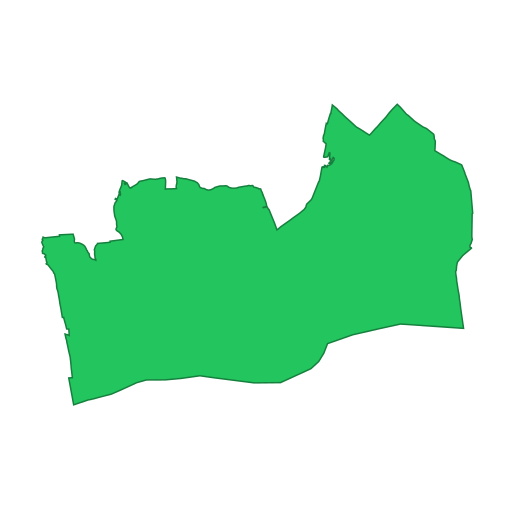 Verguleasa, Olt, Romania, rotated 274°
{"feature_id": "2599482B5579924920696", "entity_name": "Verguleasa", "entity_type": "district", "adm_level": 2, "iso_a3": "ROU", "parent_name": "Romania", "parent_adm1": "Olt", "projection": "albers", "projection_center": [24.361, 44.65], "detail": "fine", "context": "isolated", "style": "filled", "palette": "green", "viewbox_px": 512, "rotation_deg": 274, "n_neighbors": 0, "source": "geoboundaries", "source_scale": "gbopen_adm2", "svg_char_len": 6008}
<svg xmlns="http://www.w3.org/2000/svg" viewBox="0 0 512 512"><g transform="rotate(274 256 256)"><path d="M361.1,454.9L361.5,454.2L363.7,448.3L364.5,445.2L365.5,442.5L367.7,438.3L369.0,436.1L370.7,432.5L373.6,427.0L375.2,427.1L382.4,426.9L383.4,426.7L385.1,425.8L385.6,425.6L387.1,425.5L388.5,425.2L389.6,424.9L389.9,424.7L395.0,417.3L395.7,415.5L396.2,413.9L400.9,405.8L401.9,404.3L406.8,398.1L407.9,396.2L414.3,389.8L417.2,386.3L413.5,383.2L413.0,382.7L408.4,379.1L403.7,376.0L397.1,370.7L393.4,368.0L391.4,366.2L386.9,362.8L384.5,360.8L385.3,359.2L389.8,351.0L390.9,348.8L391.5,347.4L392.4,346.2L396.2,341.5L401.2,335.0L403.5,332.4L406.7,328.3L408.6,326.4L412.0,321.6L409.6,321.4L404.9,320.8L403.8,320.8L403.2,320.6L403.3,320.3L401.5,319.8L396.6,318.7L392.9,318.0L392.8,317.9L393.3,316.9L389.9,316.4L384.4,315.8L382.5,315.6L381.0,315.0L378.3,314.7L378.0,314.7L377.4,315.0L376.5,315.1L375.1,315.1L374.5,316.0L373.5,317.1L373.3,317.7L372.9,318.1L372.2,318.1L368.6,317.8L359.6,316.5L359.4,316.6L359.2,317.2L359.8,320.1L360.0,320.6L361.6,321.3L362.2,321.2L363.2,321.7L364.1,321.8L363.9,322.6L357.8,322.5L357.6,322.5L357.5,323.1L357.9,323.5L356.7,323.6L354.5,323.3L353.7,322.2L353.4,322.4L353.4,322.6L353.6,323.2L353.3,323.5L353.2,323.7L353.5,324.2L354.2,324.7L355.5,325.3L356.6,325.1L357.5,325.2L358.3,325.7L359.7,326.1L359.6,326.4L358.8,327.2L357.3,327.1L354.1,325.5L353.3,325.0L352.1,323.6L351.5,322.5L351.3,321.4L351.4,321.0L349.6,320.6L350.3,319.6L350.9,319.2L351.3,318.4L351.3,318.2L351.2,318.0L350.8,318.2L350.6,318.4L350.2,318.4L350.1,318.2L349.2,318.2L349.2,317.3L349.7,317.3L349.7,316.7L349.4,316.7L349.4,316.2L349.1,316.2L349.1,315.6L339.7,314.6L335.4,313.9L334.3,313.5L334.3,313.3L318.0,308.1L316.8,307.6L315.9,307.1L311.3,303.0L310.1,302.6L308.4,302.4L305.8,300.8L301.5,296.3L296.5,290.2L294.3,287.7L286.7,278.4L285.9,277.7L283.5,275.1L290.1,272.2L303.3,265.7L303.5,265.2L305.8,263.6L304.9,260.5L304.7,259.9L304.8,259.7L305.1,259.8L305.5,261.4L306.5,263.3L306.9,263.1L309.1,262.5L311.4,261.6L315.0,259.9L317.4,258.6L317.4,258.8L320.4,257.4L321.2,256.8L323.2,256.0L323.3,254.9L323.2,254.2L323.7,253.5L324.3,251.2L324.6,248.9L325.9,248.0L326.1,247.5L325.7,245.9L325.7,245.2L325.9,244.1L325.8,243.6L325.2,242.0L325.0,240.6L323.3,233.7L322.5,232.1L322.1,229.4L322.0,227.6L322.3,225.3L322.6,224.3L323.8,222.2L324.0,221.0L323.7,219.3L323.3,214.9L322.6,213.0L321.5,210.1L320.6,209.1L319.8,207.9L318.9,206.1L318.5,204.5L318.4,203.6L318.8,201.7L319.6,200.0L319.8,199.3L319.7,198.0L320.3,195.9L320.5,195.5L321.2,194.9L323.2,194.0L324.4,192.9L325.2,192.0L325.5,191.1L326.4,189.5L327.1,185.9L327.6,183.1L328.1,181.0L328.1,178.0L328.4,176.5L328.3,175.5L329.2,171.2L324.6,172.0L322.8,171.9L321.4,171.6L319.7,171.5L318.7,171.7L317.7,172.0L317.0,166.4L316.8,163.0L316.4,160.9L323.5,160.7L325.4,160.5L327.4,159.9L327.6,159.6L327.6,159.1L327.2,156.5L326.6,154.3L325.9,152.5L325.9,151.7L325.5,150.6L325.5,146.6L325.6,145.4L325.3,144.1L323.3,138.1L322.7,135.7L322.4,135.2L322.4,134.7L322.2,134.3L320.4,133.1L319.3,132.1L318.7,131.3L315.7,126.8L315.5,127.0L315.0,126.0L315.1,125.5L315.8,124.7L319.9,122.2L320.1,121.4L320.6,120.4L320.3,120.2L319.4,120.3L319.7,120.7L318.8,121.3L318.2,120.4L319.0,119.8L319.3,120.2L319.8,120.1L320.8,120.2L321.6,118.5L321.9,117.5L321.6,117.2L317.8,117.1L316.3,116.8L313.1,115.7L310.5,115.0L310.5,116.1L309.5,116.2L309.4,115.1L308.1,115.2L308.0,115.5L308.5,115.6L308.1,116.6L307.1,116.3L307.5,115.3L307.9,115.4L307.9,115.2L308.1,115.1L302.7,113.4L302.8,112.8L303.3,112.9L303.6,111.8L302.6,111.6L302.3,112.7L302.7,112.8L302.6,113.3L301.6,113.3L300.8,113.0L299.7,112.0L299.3,111.8L295.6,110.8L291.5,111.1L286.3,112.2L285.0,112.7L281.6,114.2L280.4,114.5L278.0,114.7L275.6,115.2L275.0,115.2L273.9,114.6L272.6,114.5L272.2,114.8L271.4,115.6L270.3,117.7L268.5,119.7L265.9,121.4L263.2,122.2L260.6,109.4L259.6,109.6L259.1,107.2L257.5,97.1L257.2,97.2L254.8,95.3L251.1,94.3L249.9,94.6L249.5,94.8L247.7,94.8L246.3,94.9L244.9,95.3L243.7,95.4L242.6,95.7L241.5,96.4L240.6,96.5L241.1,95.4L241.4,93.0L241.9,92.1L243.3,90.4L244.7,89.8L246.6,89.4L248.0,88.0L249.4,87.4L249.6,87.0L250.1,86.7L251.5,86.0L253.7,84.6L254.6,83.6L255.5,82.0L256.2,80.3L256.6,79.1L256.7,78.3L256.8,76.7L256.4,75.1L256.4,74.7L256.6,74.4L256.9,74.1L257.7,73.8L258.8,73.6L259.6,73.8L260.8,73.6L265.0,72.0L263.4,58.4L262.0,58.7L261.9,58.3L259.4,44.0L260.0,42.3L259.2,42.2L257.8,41.6L257.6,41.6L257.2,42.1L256.8,42.3L256.2,41.9L255.9,41.6L254.6,41.4L251.7,42.8L250.6,43.5L250.2,43.5L249.5,43.4L249.0,42.9L247.3,42.8L246.1,42.3L245.2,42.7L244.1,42.8L243.8,42.9L243.6,43.3L243.4,44.8L242.7,45.4L242.2,46.2L241.7,46.2L240.4,45.3L240.2,45.3L240.1,46.3L239.5,46.4L238.8,46.7L238.5,46.7L236.6,47.2L236.0,47.3L235.0,48.0L234.7,48.0L234.1,47.5L233.7,47.2L233.4,47.3L233.2,47.5L232.9,48.8L231.0,50.6L228.8,52.5L226.7,54.6L225.0,55.4L223.9,56.4L216.2,58.5L214.0,59.0L212.8,59.2L212.4,59.1L209.5,59.7L207.2,60.7L205.2,61.3L203.3,61.7L199.1,62.8L194.4,63.8L190.5,64.9L181.2,67.1L181.3,68.5L180.6,68.6L177.7,69.6L174.2,70.9L170.0,72.2L170.0,74.4L163.7,75.2L164.5,73.0L164.3,72.8L164.4,72.1L164.6,71.4L164.9,71.1L164.9,70.9L160.4,72.2L158.5,73.0L156.8,73.3L153.2,74.4L148.1,75.8L142.5,77.6L137.2,78.6L130.7,79.6L127.8,80.2L121.8,81.3L121.3,77.7L94.8,84.5L100.7,98.6L101.5,101.8L102.0,103.0L102.2,104.0L103.7,108.1L108.2,121.5L113.9,132.3L121.3,145.8L124.7,155.3L126.1,174.0L128.6,189.6L132.6,208.4L131.6,222.6L129.3,263.0L131.4,289.3L147.4,318.6L155.1,325.9L163.7,330.4L173.6,333.5L184.2,358.1L191.9,383.4L198.2,404.8L198.3,468.1L217.7,463.9L222.6,463.0L227.6,461.9L230.2,461.5L233.2,460.8L235.2,460.2L243.3,458.4L244.6,458.0L247.8,457.6L251.4,456.7L254.6,456.2L255.1,456.6L256.0,456.8L259.7,456.8L263.1,457.2L264.3,457.6L270.6,462.0L271.8,463.1L278.8,470.4L279.2,470.2L279.4,469.6L279.4,469.2L279.6,468.9L281.3,468.7L282.2,468.9L283.4,469.6L287.5,470.6L290.0,470.0L292.6,469.8L313.2,468.7L313.7,469.2L336.1,465.7L336.6,465.3L339.9,464.0L344.3,462.7L353.4,458.4L353.6,458.5L361.1,454.9Z" fill="#22c55e" stroke="#15803d" stroke-width="1.5"/></g></svg>